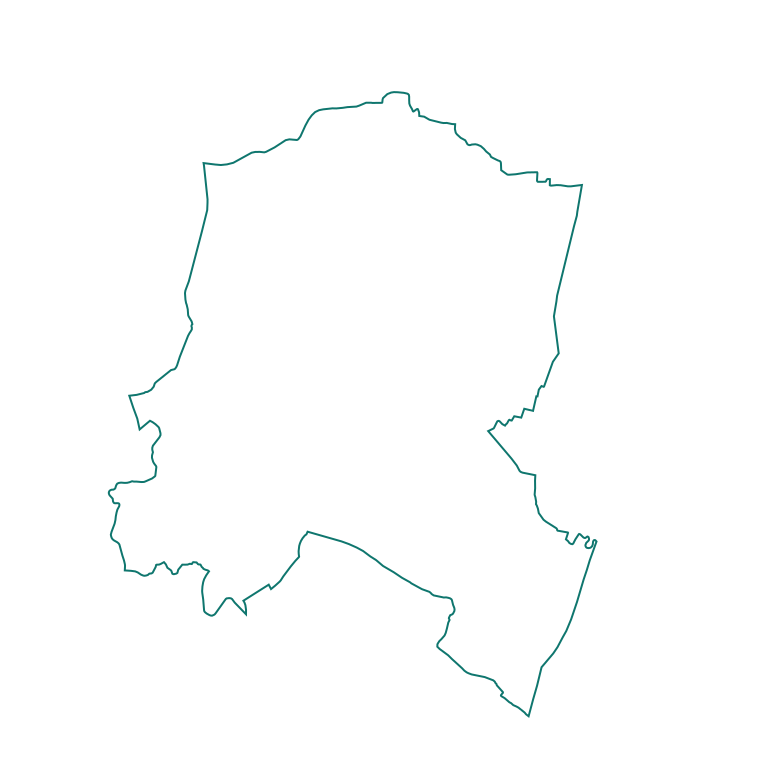 Pa Mok, Ang Thong, Thailand (Natural Earth projection), rotated 194°
{"feature_id": "78962969B20777837687039", "entity_name": "Pa Mok", "entity_type": "district", "adm_level": 2, "iso_a3": "THA", "parent_name": "Thailand", "parent_adm1": "Ang Thong", "projection": "natural_earth1", "projection_center": [100.461, 14.49], "detail": "fine", "context": "isolated", "style": "outline", "palette": "teal", "viewbox_px": 768, "rotation_deg": 194, "n_neighbors": 0, "source": "geoboundaries", "source_scale": "gbopen_adm2", "svg_char_len": 6163}
<svg xmlns="http://www.w3.org/2000/svg" viewBox="0 0 768 768"><g transform="rotate(194 384 384)"><path d="M612.5,554.7L611.4,552.1L599.9,520.5L599.1,517.2L597.6,509.9L597.6,488.1L598.2,436.4L599.3,426.7L599.1,424.1L597.1,417.9L595.7,414.8L594.6,413.1L592.5,409.0L590.7,403.5L589.9,402.3L585.8,398.2L584.4,395.7L584.8,394.9L584.9,393.6L584.1,392.3L583.7,390.5L584.0,389.2L585.1,386.0L585.8,383.2L588.7,361.0L589.3,352.0L589.7,350.0L590.4,348.3L591.0,347.6L594.0,346.0L605.4,331.0L606.4,329.4L606.6,328.6L606.8,325.7L608.5,322.1L610.4,320.3L611.5,319.2L613.7,318.3L614.6,317.2L621.4,313.6L628.3,311.0L621.6,300.4L615.0,290.7L610.1,280.8L602.2,291.7L599.3,291.0L596.0,289.7L592.4,287.7L591.5,286.8L589.0,282.2L588.5,280.4L589.0,278.0L593.3,268.2L593.4,266.0L592.9,264.1L591.7,261.9L591.8,258.6L591.3,256.3L589.2,252.7L587.9,251.3L585.3,249.2L584.8,248.4L583.7,239.6L584.0,238.9L586.2,236.2L592.0,231.7L593.2,230.9L595.6,230.2L600.1,229.5L603.0,228.8L604.9,228.7L607.2,227.1L609.3,226.0L611.7,225.3L615.3,224.7L617.3,223.9L618.6,222.9L619.1,221.9L619.4,220.3L619.5,218.0L619.9,217.1L620.9,216.1L622.8,215.5L623.9,214.7L624.6,213.6L624.8,212.4L624.4,211.0L623.3,209.6L619.5,207.1L618.5,204.5L617.7,203.6L617.0,203.2L616.2,203.2L613.7,203.9L612.7,204.0L612.1,203.8L611.6,203.1L611.4,202.2L611.4,201.2L612.3,197.7L612.4,194.6L612.2,190.7L611.7,187.1L611.6,183.3L612.6,174.6L612.6,171.7L612.1,170.6L611.1,168.9L609.8,167.7L608.1,166.9L604.5,165.9L602.9,165.1L601.9,164.2L596.3,154.2L593.6,149.9L591.8,146.4L591.3,145.0L590.4,140.4L584.4,141.5L580.1,142.0L577.4,141.6L573.5,140.2L571.4,139.9L570.3,139.9L568.7,140.5L567.0,141.5L565.8,143.2L563.7,144.0L562.8,145.0L561.3,151.2L561.3,153.3L560.8,153.7L558.5,154.4L557.1,155.4L554.4,157.9L552.0,156.2L549.7,153.3L545.9,151.8L545.1,151.2L543.5,148.8L543.0,148.6L541.9,148.6L539.6,149.8L538.8,150.7L538.7,154.1L536.0,159.9L531.0,161.2L528.9,162.6L527.0,162.8L526.7,163.2L526.4,164.6L525.9,165.0L522.7,165.5L520.9,164.2L520.0,164.1L518.8,164.4L518.3,164.3L516.6,162.4L515.2,161.7L514.5,161.0L512.4,160.6L509.8,160.5L508.5,159.9L510.2,155.4L511.3,151.1L511.5,147.9L511.2,143.7L510.4,139.2L509.8,137.4L507.3,131.2L503.9,121.1L503.5,120.2L502.7,119.4L500.6,118.4L497.7,117.6L496.3,117.4L494.8,117.6L493.1,118.9L492.5,119.6L491.9,120.8L485.5,137.1L484.8,137.9L482.5,138.8L480.7,139.0L479.4,138.6L476.0,135.8L462.2,127.2L463.2,131.4L465.0,135.9L466.6,138.3L468.0,139.7L447.3,161.4L444.0,157.7L440.8,162.0L437.5,166.9L436.7,168.4L435.2,172.9L430.3,184.5L427.2,191.0L424.7,195.5L424.6,195.9L425.6,198.4L426.4,201.1L427.1,206.4L427.0,208.9L426.6,211.6L425.7,214.6L424.2,217.8L422.9,219.3L422.4,222.2L387.2,221.0L379.4,220.2L370.9,218.7L363.9,216.9L355.6,213.4L349.0,211.2L340.9,207.2L329.0,203.7L319.6,200.3L310.7,197.9L309.3,197.2L299.8,194.7L297.4,194.1L289.6,193.3L288.0,192.5L286.9,191.7L284.6,190.9L274.3,191.3L272.1,192.0L269.8,192.1L268.0,192.0L266.6,191.5L265.8,190.7L263.6,186.5L261.6,183.7L261.0,182.3L260.8,180.7L261.5,177.8L262.3,176.8L263.8,175.7L264.4,173.1L264.4,172.4L263.3,170.9L263.9,168.1L263.8,162.1L263.9,157.4L264.4,154.6L266.6,150.3L268.1,147.9L268.9,145.6L269.2,144.4L268.7,142.0L265.8,140.3L256.1,136.3L251.4,133.5L239.5,127.1L236.7,125.3L234.0,124.2L232.1,123.8L228.7,123.4L215.3,124.0L206.3,122.9L204.5,122.0L203.5,120.8L202.4,120.2L201.6,118.9L194.1,113.8L193.9,113.2L195.2,110.5L195.2,110.1L194.7,109.5L191.0,108.4L185.3,105.5L183.5,105.1L180.9,103.7L177.5,103.1L175.2,102.5L168.0,99.2L166.3,97.9L163.3,96.6L163.0,114.3L162.5,128.3L162.6,147.3L154.6,163.5L152.0,170.6L149.3,181.5L147.4,188.4L145.5,200.8L144.0,219.3L143.0,242.5L142.2,252.6L141.7,262.7L139.7,282.6L141.1,283.5L141.7,283.6L142.5,283.2L142.8,282.7L143.0,281.6L142.6,278.6L142.9,276.8L143.8,275.4L144.4,274.9L145.6,274.3L147.2,274.1L148.0,274.3L148.7,274.8L149.3,275.6L149.6,276.4L149.3,278.8L147.7,281.4L147.4,282.4L147.6,283.4L148.5,284.9L149.2,285.2L149.8,285.2L151.3,283.4L152.4,283.1L153.5,283.4L157.2,285.6L158.4,285.7L158.7,285.3L160.7,279.6L161.8,274.9L162.6,274.1L164.0,274.1L165.7,274.6L167.3,276.0L169.9,277.3L169.4,284.1L169.7,284.4L180.1,283.7L180.6,284.1L181.2,285.2L181.8,285.7L193.5,289.6L196.4,290.9L202.6,296.2L204.5,300.3L206.4,303.1L207.4,304.1L207.9,306.6L209.8,310.9L210.8,312.5L211.1,313.2L212.1,319.3L214.1,326.9L215.1,332.1L228.2,331.5L230.1,331.8L230.9,332.2L231.6,332.7L235.4,337.0L242.3,342.5L271.5,363.5L266.9,367.4L266.6,368.1L265.3,374.1L265.0,375.2L264.7,375.5L263.7,376.0L262.8,375.8L259.5,373.7L256.5,372.9L255.9,374.4L255.1,375.5L254.2,378.9L253.9,379.4L253.7,379.6L251.7,379.3L251.2,379.5L249.8,384.2L242.7,384.6L241.9,393.9L232.9,394.0L233.2,408.9L232.1,409.1L232.4,416.0L230.7,420.1L228.4,419.9L228.1,420.2L225.5,446.4L221.9,456.0L235.5,490.8L236.7,506.0L237.4,511.6L237.8,583.0L237.6,593.9L238.1,598.0L240.1,625.0L250.5,621.0L253.2,620.3L260.7,619.6L264.5,618.8L269.5,617.0L270.7,616.8L271.2,617.0L272.6,622.9L274.6,622.6L275.1,622.2L275.5,621.8L275.9,619.8L276.3,619.3L283.6,617.4L284.3,617.7L284.8,618.6L286.2,625.9L286.7,626.5L296.3,623.9L306.9,619.4L313.3,617.3L314.4,617.1L315.1,617.1L322.0,619.8L323.9,626.3L324.4,627.5L325.5,628.3L327.6,628.5L333.1,629.7L335.1,630.3L336.8,632.3L341.1,634.3L343.9,636.3L347.6,638.2L351.3,638.8L353.4,638.7L356.7,637.6L358.1,636.7L359.1,636.4L360.0,636.5L361.0,636.8L364.1,640.1L369.1,641.4L373.7,643.9L375.2,645.2L376.9,648.6L377.8,653.3L380.9,652.7L386.2,652.5L389.4,651.6L391.9,651.4L403.8,651.4L409.7,653.1L414.6,652.6L415.7,656.1L417.1,658.2L417.7,658.9L418.2,658.9L418.7,658.6L421.1,655.7L421.4,655.5L421.9,655.6L423.3,657.5L426.1,660.4L427.3,662.3L428.3,665.7L429.1,668.9L429.8,670.5L430.6,671.1L431.8,671.4L435.3,671.3L441.3,670.4L445.0,669.6L447.6,668.5L450.9,666.1L454.1,661.2L454.2,659.8L453.8,657.0L453.8,656.6L454.1,656.3L463.3,653.9L464.5,653.8L469.4,652.6L475.4,648.1L477.9,646.5L486.5,643.8L490.8,642.0L497.1,639.8L500.7,639.0L509.4,635.8L513.2,634.0L516.6,631.2L519.1,627.2L521.1,622.3L522.8,615.8L525.0,603.9L526.4,600.7L527.5,599.7L535.0,598.5L538.4,596.8L547.4,587.1L554.5,580.8L556.2,579.8L560.6,579.2L565.1,578.0L568.4,576.4L583.7,562.2L589.5,559.1L595.3,557.0L601.0,556.1L612.5,554.7Z" fill="none" stroke="#0f766e" stroke-width="2"/></g></svg>